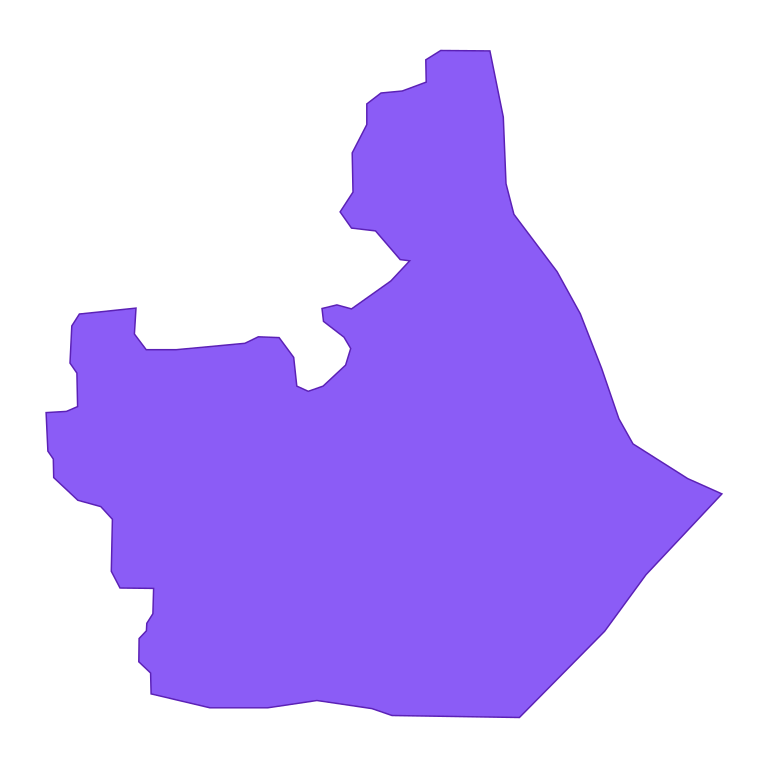 the district of Dungass, Zinder, Niger
{"feature_id": "23599985B10149369238340", "entity_name": "Dungass", "entity_type": "district", "adm_level": 2, "iso_a3": "NER", "parent_name": "Niger", "parent_adm1": "Zinder", "projection": "mercator", "projection_center": [9.383, 13.215], "detail": "fine", "context": "isolated", "style": "filled", "palette": "violet", "viewbox_px": 768, "rotation_deg": 0, "n_neighbors": 0, "source": "geoboundaries", "source_scale": "gbopen_adm2", "svg_char_len": 1038}
<svg xmlns="http://www.w3.org/2000/svg" viewBox="0 0 768 768"><path d="M151.1,693.9L209.9,707.8L267.7,707.8L316.9,700.5L371.9,708.6L392.0,715.5L519.4,717.5L604.7,631.2L646.0,574.7L721.9,493.9L687.7,478.6L633.0,443.9L618.9,418.8L601.6,368.3L580.3,313.8L557.1,271.7L513.9,214.3L506.0,183.6L503.3,117.1L489.9,50.9L440.7,50.5L425.8,59.8L426.2,82.1L402.2,91.0L381.0,93.0L366.8,103.9L366.8,124.6L352.2,152.9L353.0,192.1L340.1,211.9L351.5,228.1L375.5,230.9L400.2,259.6L409.7,260.8L390.8,281.0L351.5,308.9L336.9,304.9L322.0,308.5L323.5,321.4L344.0,337.2L350.7,348.5L345.6,365.1L323.1,386.1L308.2,391.3L296.8,386.1L293.7,357.4L279.1,337.6L258.3,336.8L244.9,343.3L176.1,349.7L146.2,349.7L134.4,334.0L136.0,308.1L79.4,314.0L71.8,325.9L70.0,363.1L76.9,373.1L77.6,406.6L66.4,411.4L46.1,412.6L46.8,427.8L47.9,451.2L53.3,459.0L53.7,477.6L77.9,500.3L100.8,506.6L112.4,519.3L111.3,571.3L120.0,588.0L153.6,588.4L152.9,613.7L146.8,623.3L146.4,630.8L139.1,638.5L138.8,661.8L150.6,673.0L151.1,693.9Z" fill="#8b5cf6" stroke="#5b21b6" stroke-width="1.5"/></svg>